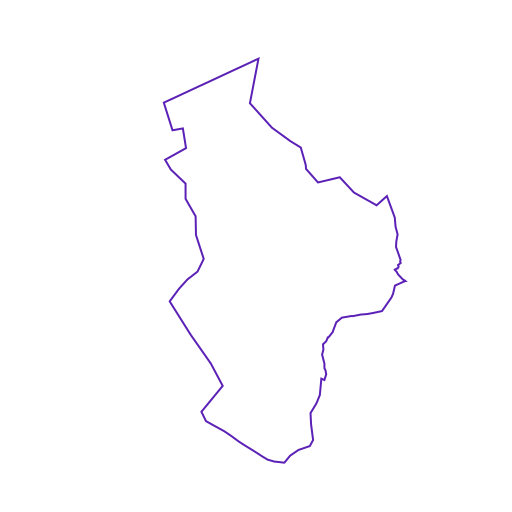 outline of Nafada, Gombe, Nigeria, rotated 24°
{"feature_id": "59680162B63392407575553", "entity_name": "Nafada", "entity_type": "district", "adm_level": 2, "iso_a3": "NGA", "parent_name": "Nigeria", "parent_adm1": "Gombe", "projection": "mercator", "projection_center": [11.284, 11.038], "detail": "fine", "context": "isolated", "style": "outline", "palette": "violet", "viewbox_px": 512, "rotation_deg": 24, "n_neighbors": 0, "source": "geoboundaries", "source_scale": "gbopen_adm2", "svg_char_len": 1808}
<svg xmlns="http://www.w3.org/2000/svg" viewBox="0 0 512 512"><g transform="rotate(24 256 256)"><path d="M109.4,153.4L128.6,175.1L137.3,169.2L148.2,185.9L133.8,205.1L143.1,211.7L162.2,218.5L168.4,232.4L175.9,237.9L184.7,244.3L192.6,261.2L209.4,279.9L209.3,283.7L208.9,294.1L202.9,305.3L199.0,317.2L195.6,332.5L195.8,332.7L223.7,351.4L228.8,354.8L237.0,359.7L258.6,372.7L278.4,388.2L269.5,420.5L277.5,427.2L287.5,428.1L292.5,428.5L298.3,429.0L305.8,430.3L306.2,430.4L316.3,432.6L322.9,433.6L329.6,434.5L332.0,434.8L343.7,436.6L349.3,437.3L349.5,437.3L356.6,436.3L360.4,435.0L365.7,433.4L366.0,433.2L368.4,424.5L373.7,415.9L382.5,407.7L383.0,400.8L382.1,399.4L381.3,398.1L378.8,394.0L376.5,390.2L374.8,387.4L371.5,380.9L369.7,377.3L370.2,373.5L371.1,366.4L371.1,364.1L371.1,363.8L371.0,361.5L370.9,357.9L370.9,357.1L370.8,356.9L369.2,352.1L366.7,344.7L365.6,341.5L368.9,341.5L368.3,335.6L366.1,332.3L364.1,330.6L362.3,326.5L356.5,319.2L355.6,314.0L353.1,309.4L354.8,305.4L354.8,302.4L354.7,301.4L354.9,301.4L355.4,300.4L355.8,299.0L357.0,294.3L356.9,293.6L356.3,283.9L357.7,281.1L359.5,277.4L367.3,272.2L369.3,271.3L375.5,266.9L381.2,263.8L386.6,260.1L393.5,255.1L394.7,248.9L396.6,238.8L396.6,234.8L395.0,226.5L402.3,218.3L402.4,218.2L402.6,218.1L402.3,218.0L399.4,217.6L396.8,216.5L393.2,215.0L391.0,213.3L388.3,212.1L388.5,211.7L389.3,211.0L389.6,210.3L390.2,209.8L390.5,209.7L390.5,208.9L390.7,208.2L390.5,207.8L390.4,207.3L389.4,206.5L390.8,204.0L391.0,203.5L390.6,203.1L389.9,202.4L389.7,200.8L386.5,197.4L383.9,194.6L380.3,190.9L378.2,185.5L376.6,178.7L371.6,172.5L367.1,164.4L351.2,148.0L345.5,160.7L344.3,160.5L319.7,158.2L300.5,150.0L282.7,163.6L266.3,156.1L264.4,152.6L252.8,138.7L240.7,137.1L218.3,132.3L188.3,118.9L178.0,74.7L109.4,153.4Z" fill="none" stroke="#5b21b6" stroke-width="2"/></g></svg>